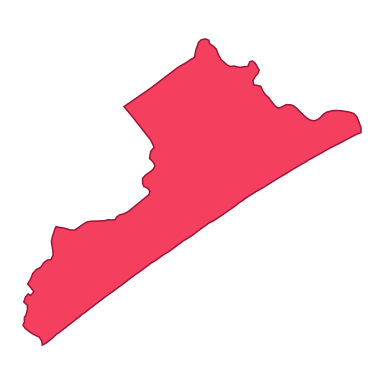 the district of Jaguaruna, Santa Catarina, Brazil
{"feature_id": "56859067B4369152609379", "entity_name": "Jaguaruna", "entity_type": "district", "adm_level": 2, "iso_a3": "BRA", "parent_name": "Brazil", "parent_adm1": "Santa Catarina", "projection": "robinson", "projection_center": [-49.046, -28.668], "detail": "fine", "context": "isolated", "style": "filled", "palette": "rose", "viewbox_px": 384, "rotation_deg": 0, "n_neighbors": 0, "source": "geoboundaries", "source_scale": "gbopen_adm2", "svg_char_len": 2916}
<svg xmlns="http://www.w3.org/2000/svg" viewBox="0 0 384 384"><path d="M26.2,314.4L24.3,317.8L24.4,321.7L23.0,325.3L25.3,328.5L29.4,331.7L33.1,334.1L36.1,335.7L39.3,337.1L41.7,341.0L42.3,345.1L45.6,343.4L48.5,341.2L51.4,338.9L53.9,336.7L56.6,334.1L59.4,332.4L61.9,330.3L65.0,328.0L67.9,325.6L71.3,323.0L75.6,319.6L79.8,316.4L82.0,314.3L84.6,312.8L87.7,310.3L91.1,307.7L94.3,305.2L97.0,303.2L99.9,300.9L102.6,298.9L105.3,296.8L108.8,294.3L112.9,291.4L116.3,288.9L118.9,287.0L122.1,284.7L128.0,280.1L132.1,277.0L135.6,274.4L138.6,272.4L141.5,270.3L144.7,267.9L148.2,265.3L150.6,263.4L153.3,261.8L157.0,259.5L160.6,256.8L163.5,254.7L167.3,252.5L171.0,250.0L175.5,246.8L178.3,244.5L180.8,242.9L183.1,240.9L186.4,239.1L190.1,236.7L193.0,234.8L196.3,232.2L199.7,229.7L202.4,227.7L206.3,225.0L208.9,223.0L213.0,221.1L217.6,218.1L221.5,215.5L224.9,213.1L228.9,210.3L232.6,207.8L236.1,205.2L239.2,202.7L243.3,200.0L246.7,197.5L250.4,195.1L254.2,192.7L258.6,190.1L263.0,187.7L265.8,185.9L269.2,183.8L272.3,181.8L276.2,179.3L279.9,177.2L282.5,175.6L285.1,174.2L287.9,172.4L290.3,170.8L293.1,169.2L296.5,167.2L299.2,165.6L302.3,163.7L305.8,161.9L308.9,159.7L312.1,158.2L315.3,156.3L319.2,154.1L324.1,151.4L329.0,148.6L334.0,146.0L336.6,144.7L339.4,143.3L342.2,141.9L346.1,139.7L350.0,137.7L353.6,135.8L357.2,134.0L361.0,132.6L361.0,128.0L359.3,122.9L356.9,116.9L353.8,113.5L348.7,111.9L344.7,111.3L340.8,110.7L337.5,110.5L334.7,110.5L331.0,111.0L326.8,112.1L323.7,114.0L321.1,116.7L318.4,119.2L314.7,120.8L310.1,120.1L306.9,118.1L304.0,115.6L301.6,113.2L299.3,111.2L296.6,108.2L293.5,105.8L290.6,104.8L286.3,104.6L280.9,107.4L277.9,108.1L275.1,105.9L272.2,102.4L268.7,97.7L265.1,94.4L262.8,90.9L260.7,86.3L257.1,85.3L253.6,84.8L253.0,80.5L255.4,76.3L257.8,73.5L259.2,70.3L257.3,66.9L255.4,63.5L252.5,61.0L249.8,61.7L247.8,66.5L244.0,66.6L241.0,67.3L237.8,67.1L234.0,66.0L230.2,66.5L227.1,65.0L223.9,62.1L221.4,59.9L219.0,56.0L217.6,53.0L216.4,49.2L212.9,45.9L209.5,43.6L208.9,40.3L205.4,38.9L201.2,39.8L198.6,42.3L196.1,49.3L195.3,52.8L194.5,57.4L190.5,59.6L186.9,62.1L184.0,63.9L180.5,65.8L177.9,67.4L150.2,88.5L124.0,106.6L133.1,117.6L139.0,125.1L150.6,139.9L154.2,147.3L151.0,150.9L150.1,154.3L149.6,158.7L152.8,161.5L155.1,165.6L153.0,169.4L150.6,171.5L148.2,173.3L145.7,174.9L142.5,178.5L142.7,183.4L143.8,186.3L147.1,187.9L150.0,191.0L148.9,194.7L128.5,211.4L123.7,213.9L119.8,214.8L117.0,216.8L115.0,219.7L111.7,220.0L108.2,219.7L104.3,220.8L101.4,220.8L98.2,221.0L94.6,221.1L91.1,221.2L87.4,221.8L84.5,223.3L80.9,225.8L77.4,228.3L74.6,230.2L70.5,230.0L66.7,228.8L63.8,228.1L59.6,227.4L56.1,226.6L54.6,229.7L53.7,232.9L52.5,236.3L51.4,241.5L52.2,246.8L52.8,250.2L53.1,255.2L50.8,259.8L47.3,260.0L44.0,262.5L40.7,267.3L36.7,269.3L32.9,273.2L30.5,279.3L27.6,284.0L31.0,287.9L33.8,291.8L30.6,295.5L28.2,293.9L25.6,296.8L23.8,302.0L27.3,305.2L27.5,309.1L26.2,314.4Z" fill="#f43f5e" stroke="#9f1239" stroke-width="1.5"/></svg>